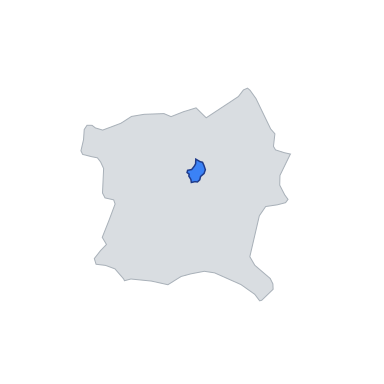 Kosovo Polje highlighted on a map of Kosovo, rotated 308°
{"feature_id": "KOS-5898", "entity_name": "Kosovo Polje", "entity_type": "District", "adm_level": 1, "iso_a3": "XKX", "parent_name": "Kosovo", "parent_adm1": "", "projection": "equal_earth", "projection_center": [21.026, 42.608], "detail": "fine", "context": "in_parent", "style": "filled", "palette": "blue", "viewbox_px": 384, "rotation_deg": 308, "n_neighbors": 0, "source": "natural_earth", "source_scale": "10m", "svg_char_len": 1314}
<svg xmlns="http://www.w3.org/2000/svg" viewBox="0 0 384 384"><g transform="rotate(308 192 192)"><path d="M118.4,144.1L135.2,138.8L137.6,135.1L133.8,127.1L136.1,122.1L156.1,107.9L159.4,101.5L160.7,96.4L158.0,91.1L154.3,82.7L156.1,79.1L166.5,74.3L174.9,68.6L179.9,68.2L183.0,72.2L183.0,76.4L185.8,83.5L192.0,87.3L202.3,93.6L214.3,97.8L223.7,106.4L236.5,121.6L238.5,129.1L250.1,135.9L260.8,143.4L259.2,157.5L295.8,169.8L304.1,169.7L308.0,171.8L307.9,175.1L305.0,184.9L290.1,215.2L288.9,221.5L278.1,228.1L276.6,231.9L279.7,240.3L282.5,246.2L282.3,246.2L259.2,251.1L251.4,256.9L246.8,266.9L245.3,272.2L241.2,272.3L234.4,267.1L225.9,259.0L214.7,259.7L176.6,277.4L172.9,286.7L172.0,306.9L169.4,312.3L165.3,315.8L149.6,313.6L147.9,312.3L150.0,304.5L149.2,287.6L142.2,259.6L137.1,250.5L126.7,241.4L118.7,235.4L104.1,230.1L96.8,214.8L85.8,197.4L80.5,193.4L81.4,191.7L84.0,178.6L80.9,169.0L76.0,160.9L79.4,156.0L89.6,156.0L98.0,156.9L101.0,149.2L118.4,144.1Z" fill="#d9dde1" stroke="#a8b0b8" stroke-width="1"/><path d="M209.5,177.9L213.6,177.9L216.4,177.5L220.2,174.8L220.9,179.7L221.9,182.0L220.2,185.2L217.8,188.8L214.0,190.1L209.5,189.2L206.4,190.6L203.3,190.1L201.9,187.9L199.1,185.6L201.2,183.4L202.6,179.7L204.3,178.8L204.3,176.1L206.4,175.2L209.5,177.9Z" fill="#3b82f6" stroke="#1e3a8a" stroke-width="1.5"/></g></svg>